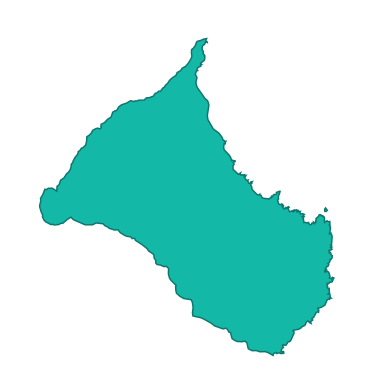 the district of Santo Antonio Das Pombas, Paul, Cabo Verde, rotated 6°
{"feature_id": "66160863B53098387752451", "entity_name": "Santo Antonio Das Pombas", "entity_type": "district", "adm_level": 2, "iso_a3": "CPV", "parent_name": "Cabo Verde", "parent_adm1": "Paul", "projection": "mercator", "projection_center": [-24.994, 17.119], "detail": "fine", "context": "isolated", "style": "filled", "palette": "teal", "viewbox_px": 384, "rotation_deg": 6, "n_neighbors": 0, "source": "geoboundaries", "source_scale": "gbopen_adm2", "svg_char_len": 6053}
<svg xmlns="http://www.w3.org/2000/svg" viewBox="0 0 384 384"><g transform="rotate(6 192 192)"><path d="M42.0,214.2L42.6,216.2L41.9,221.5L42.2,223.0L44.2,227.8L45.8,230.3L45.9,232.3L47.6,235.2L49.4,236.9L55.2,239.2L57.1,238.6L58.2,239.2L62.8,238.3L65.1,236.8L66.9,236.5L71.1,232.1L74.3,229.7L76.9,231.9L89.2,235.8L96.5,235.0L100.0,232.8L107.0,232.9L108.7,234.5L112.0,235.7L113.5,236.8L119.0,237.9L122.2,237.3L125.0,240.0L129.6,242.2L132.0,242.9L135.8,243.0L137.3,244.6L138.9,244.1L140.0,244.3L140.4,245.5L141.2,246.2L147.8,249.5L153.8,253.4L154.7,255.0L159.8,257.7L160.8,259.1L161.2,261.5L163.2,264.0L163.3,266.2L164.0,267.1L165.0,267.8L168.3,267.9L171.5,269.1L174.4,268.7L176.7,270.5L177.1,276.0L178.7,280.1L180.5,282.2L186.0,286.5L185.6,287.8L186.2,291.4L187.1,294.2L190.9,297.0L195.0,298.8L202.4,299.2L203.9,301.7L205.2,306.8L205.1,312.1L205.9,315.2L213.9,316.1L217.0,317.1L224.7,320.4L228.5,322.8L237.2,324.9L240.1,323.9L241.6,324.9L243.4,327.5L244.9,327.7L247.2,333.6L250.1,335.2L252.6,335.9L257.5,335.7L260.0,334.8L262.3,336.1L264.4,342.1L268.3,343.5L272.6,343.0L276.2,343.8L281.6,343.1L284.9,343.9L289.7,346.1L290.0,344.4L292.1,342.8L293.2,343.8L295.4,342.8L297.2,343.4L299.9,342.9L299.5,342.3L300.0,341.8L299.7,341.1L297.3,341.5L297.6,338.6L299.2,337.0L298.0,335.2L298.7,334.2L299.9,334.7L301.5,334.5L303.3,330.9L304.7,330.6L305.8,329.2L308.2,321.8L308.2,320.6L307.1,319.8L307.4,318.9L312.3,317.4L315.1,315.4L315.3,314.5L317.4,313.4L318.6,312.2L319.3,309.3L320.3,308.4L321.3,308.3L322.3,309.5L324.1,310.2L323.4,308.7L325.4,306.7L324.8,306.4L324.5,305.4L326.1,303.9L327.8,299.5L329.4,297.9L330.4,298.4L330.5,296.3L329.3,294.8L329.3,294.1L330.5,294.1L332.7,293.1L336.0,290.6L337.6,285.4L339.0,284.0L340.0,284.4L340.5,283.4L341.5,283.0L340.6,282.6L339.9,283.0L340.4,281.5L339.8,279.2L338.0,279.4L339.3,277.7L338.7,275.9L338.7,274.1L338.3,273.5L337.8,274.1L337.1,273.7L336.6,272.7L336.8,271.8L335.7,270.3L336.7,269.4L336.3,268.8L337.6,268.8L338.0,267.7L340.6,266.8L341.3,265.3L340.5,264.7L341.8,263.7L342.1,262.7L340.7,262.2L339.7,263.2L338.2,263.4L337.6,263.0L338.1,261.6L336.4,257.5L335.0,256.8L332.6,257.6L332.1,256.5L334.0,255.4L332.6,254.4L333.6,253.2L333.6,252.5L335.1,251.4L334.9,251.1L335.6,250.1L335.3,249.0L334.8,248.8L335.8,247.9L336.5,246.2L336.4,244.8L337.4,244.3L338.2,242.8L338.1,240.6L336.9,239.8L336.1,237.7L334.8,237.9L335.1,237.2L334.4,236.2L334.4,235.7L336.0,235.3L337.2,234.3L336.6,233.8L336.8,232.6L335.7,232.5L336.7,231.1L335.4,230.1L336.3,229.2L336.0,221.6L335.1,219.3L333.3,219.4L332.9,219.0L333.9,218.2L333.3,218.1L333.6,214.0L333.1,213.6L333.3,212.3L332.5,211.3L332.7,210.7L332.1,210.4L332.6,209.9L332.1,206.9L330.7,207.4L329.3,206.5L327.2,208.3L327.2,207.2L326.3,206.3L326.7,205.0L326.1,203.1L325.6,203.1L325.1,202.3L324.4,202.5L324.2,202.0L322.9,202.0L322.9,201.5L321.8,201.1L320.9,201.4L320.4,203.0L318.1,205.4L318.4,206.1L318.0,207.8L318.6,209.0L318.3,209.4L317.4,209.9L316.1,209.2L316.5,210.5L315.6,210.0L314.4,210.5L314.2,211.7L313.1,212.1L312.1,211.9L311.1,210.1L309.4,210.8L307.5,210.3L306.4,210.7L305.9,208.2L305.5,208.0L305.6,206.8L305.0,206.6L306.0,204.9L304.5,204.7L305.6,204.1L305.4,203.1L306.0,202.6L304.4,202.0L302.0,202.5L301.5,200.9L301.8,200.0L299.3,200.7L299.9,199.6L299.6,199.3L298.5,200.5L297.7,199.6L298.3,199.0L297.7,198.8L297.3,199.6L296.1,199.2L295.8,199.5L296.4,200.1L295.5,199.8L295.2,200.9L293.9,200.7L294.5,199.8L291.3,201.4L290.6,200.8L289.3,198.4L289.3,197.9L290.2,197.3L289.5,196.5L288.5,197.2L288.6,197.7L287.1,197.6L287.5,198.3L287.1,198.6L285.3,199.1L285.1,198.3L284.4,198.4L283.4,197.1L284.0,197.1L284.7,195.5L284.0,196.2L283.3,195.5L283.4,194.9L282.4,194.5L281.8,195.2L280.3,195.2L279.4,194.7L278.0,191.3L278.8,190.1L278.3,187.6L279.4,183.5L279.0,182.7L279.9,181.7L276.0,183.6L276.4,184.6L275.8,185.6L273.8,185.9L273.0,186.8L272.6,188.2L272.0,188.1L271.7,188.9L271.4,188.4L271.2,189.3L269.8,190.2L269.7,190.8L263.6,190.8L262.1,190.1L261.0,188.0L259.5,187.7L259.5,187.3L258.8,188.1L256.7,187.5L252.6,184.2L251.2,182.5L250.9,180.6L249.8,179.1L249.7,178.0L250.7,177.0L250.4,176.1L250.8,175.4L249.5,175.8L249.1,177.2L247.6,177.4L246.2,175.1L246.5,174.3L245.4,174.8L243.5,173.1L242.8,171.3L244.1,170.7L243.5,170.7L243.7,170.3L242.4,171.1L242.6,169.4L241.3,170.0L241.0,169.5L238.9,170.1L238.6,169.4L237.9,169.3L238.2,168.0L236.4,169.7L230.5,165.2L230.0,161.4L231.0,160.3L229.9,158.1L231.5,157.4L231.1,157.0L232.0,156.2L230.5,156.6L228.7,156.1L228.1,156.7L227.1,154.1L225.4,151.7L219.5,146.6L218.8,144.2L218.9,140.5L220.0,140.6L219.9,139.1L220.4,138.0L219.0,138.2L218.4,137.3L217.6,137.3L216.3,134.7L212.9,130.8L206.6,127.1L200.2,118.3L199.2,114.1L199.7,104.1L198.9,101.4L197.8,99.5L195.0,97.5L186.4,87.6L185.0,84.8L184.4,82.1L185.0,77.7L183.0,74.5L183.8,71.2L184.9,70.7L184.2,70.1L184.8,67.5L187.6,66.0L187.2,65.0L188.3,64.2L187.2,63.6L187.1,63.0L190.2,60.2L190.7,58.8L190.6,55.4L190.1,55.3L190.0,54.4L188.7,53.4L188.5,50.8L187.4,49.9L187.0,47.5L187.3,45.4L189.0,43.9L189.8,41.3L191.5,41.7L191.2,40.9L189.8,40.6L190.5,37.9L187.2,38.9L185.0,40.3L181.7,41.5L180.9,42.4L179.8,46.5L178.1,49.2L176.8,50.3L176.8,53.2L177.7,57.0L177.2,59.3L175.0,64.1L172.5,67.7L169.3,69.9L168.0,72.5L164.8,74.7L163.8,77.8L160.6,80.4L158.0,83.3L156.4,86.5L154.4,88.7L153.6,90.7L152.5,91.3L151.0,93.4L150.3,95.1L148.4,95.2L146.5,97.3L145.1,97.7L143.5,100.8L141.1,101.9L141.0,102.3L136.7,103.2L134.9,105.6L129.2,106.3L127.7,107.3L126.1,107.3L125.2,108.0L121.3,107.7L117.4,110.6L113.0,112.5L110.4,114.8L108.5,118.9L107.0,119.3L104.8,120.9L103.7,126.0L100.4,128.5L97.7,132.2L94.6,134.1L94.5,136.0L95.0,137.4L94.0,138.8L91.6,138.4L90.1,138.8L86.7,141.1L85.9,143.6L84.3,145.8L81.6,148.1L81.9,151.7L81.4,156.3L78.9,159.4L77.5,159.9L76.2,162.4L74.7,163.6L74.4,166.3L72.1,169.8L70.6,173.4L70.2,175.5L69.1,176.9L69.1,180.3L68.3,183.2L66.9,185.5L65.5,186.8L63.2,191.4L60.0,194.1L59.3,197.8L58.6,199.2L57.2,200.4L57.4,205.3L52.5,202.8L48.5,203.4L47.2,204.8L45.4,204.6L43.9,210.2L42.0,214.2ZM328.5,196.0L326.4,193.9L325.7,195.4L326.2,197.4L327.5,197.3L328.5,196.0Z" fill="#14b8a6" stroke="#0f766e" stroke-width="1.5"/></g></svg>